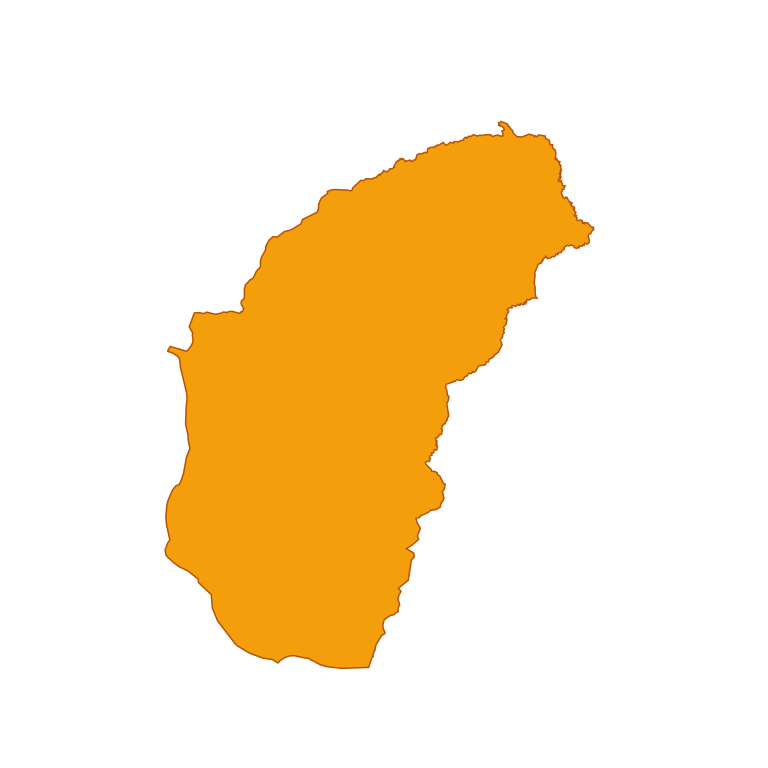 Tenerife, Magdalena, Colombia, rotated 314°
{"feature_id": "7082276B5843074032940", "entity_name": "Tenerife", "entity_type": "district", "adm_level": 2, "iso_a3": "COL", "parent_name": "Colombia", "parent_adm1": "Magdalena", "projection": "orthographic", "projection_center": [-74.68, 9.914], "detail": "fine", "context": "isolated", "style": "filled", "palette": "amber", "viewbox_px": 768, "rotation_deg": 314, "n_neighbors": 0, "source": "geoboundaries", "source_scale": "gbopen_adm2", "svg_char_len": 6143}
<svg xmlns="http://www.w3.org/2000/svg" viewBox="0 0 768 768"><g transform="rotate(314 384 384)"><path d="M131.9,325.1L123.1,338.2L119.4,338.8L112.5,341.8L109.7,345.7L109.1,348.8L109.5,357.9L110.5,364.6L113.2,372.3L114.6,385.6L112.3,388.5L112.5,406.0L103.4,416.5L97.9,429.2L93.7,457.9L93.9,461.0L96.9,473.9L102.6,487.1L108.5,495.6L109.7,501.5L112.3,501.4L117.9,502.5L122.4,504.7L126.2,508.1L132.1,517.7L133.9,519.6L137.6,532.6L140.9,539.1L149.9,550.9L169.4,569.8L178.9,565.3L180.6,565.5L182.2,563.6L186.2,562.4L190.5,559.5L201.9,556.9L204.4,557.9L205.9,557.5L207.2,553.9L209.5,550.8L214.0,548.2L216.7,548.1L221.9,549.4L225.3,551.6L226.9,551.3L230.1,552.4L232.7,549.6L236.1,548.7L238.9,543.4L242.3,541.5L246.5,540.4L247.2,536.2L259.6,537.8L276.1,526.2L280.7,525.8L283.1,522.6L281.0,514.5L288.0,516.1L296.3,516.9L297.9,513.6L305.4,510.4L307.4,503.7L309.7,500.2L312.3,502.1L314.8,502.0L322.6,505.1L325.1,505.0L329.9,508.6L334.3,510.0L338.3,507.8L340.6,507.7L343.5,506.4L347.2,500.7L350.4,500.4L354.4,497.6L353.8,495.8L356.4,488.6L356.2,484.7L357.1,484.0L356.4,481.3L354.3,478.9L355.3,477.3L355.4,469.2L356.1,468.4L357.5,468.4L359.9,470.4L362.6,469.1L362.8,467.5L364.6,467.1L366.2,467.9L367.4,466.1L369.0,467.4L371.7,466.0L373.4,467.7L376.5,465.5L375.7,464.1L376.1,463.4L378.0,463.7L378.4,461.7L379.8,462.0L379.7,460.2L381.0,458.6L382.6,459.7L386.6,459.2L387.0,460.1L387.9,460.2L391.4,458.0L391.8,456.2L393.7,455.7L394.3,454.5L395.8,455.2L396.9,454.8L397.8,455.6L400.7,454.4L402.2,454.6L402.4,453.7L406.0,452.7L413.5,442.8L416.4,441.9L419.8,439.8L420.3,437.0L423.3,433.3L424.4,430.5L426.9,428.9L435.7,433.3L437.7,433.5L439.8,436.7L442.6,437.7L445.8,437.1L447.8,438.2L450.4,437.4L452.0,439.5L454.6,439.5L454.7,440.3L456.8,441.1L462.7,439.4L468.3,443.7L471.0,442.2L472.4,443.8L474.9,442.5L477.8,443.5L480.5,443.7L481.8,443.0L482.7,443.7L486.6,444.1L494.4,441.6L496.5,436.9L500.1,436.7L502.1,435.0L504.5,434.9L505.2,432.9L507.1,432.6L507.8,430.5L511.8,430.3L515.1,428.2L516.1,427.2L515.1,425.8L516.6,426.1L519.2,424.0L522.4,423.6L523.2,422.8L522.8,421.1L523.8,420.4L525.2,421.4L525.8,421.1L528.0,423.2L528.5,421.9L529.5,421.7L531.4,424.7L534.7,425.4L534.4,426.4L535.2,427.2L536.6,426.5L537.9,429.3L539.2,428.8L539.6,429.9L540.5,429.2L541.5,430.0L542.0,429.5L541.4,428.7L543.0,429.0L543.8,428.1L545.0,428.7L545.2,430.1L549.3,431.2L552.0,434.4L552.2,432.7L554.1,429.8L558.3,425.8L561.2,421.6L566.9,417.4L568.6,415.2L577.5,411.7L580.7,413.2L582.4,412.2L583.3,412.6L584.2,411.4L586.2,412.0L588.2,411.6L587.8,414.6L590.7,416.3L592.6,416.5L594.2,418.3L596.6,417.6L597.4,418.7L598.4,418.1L598.7,418.8L599.7,418.4L601.8,420.1L603.2,419.5L606.1,420.0L607.6,418.6L611.5,419.7L611.5,420.7L614.2,422.4L615.1,424.8L614.3,425.9L615.4,428.5L617.6,428.5L617.5,429.6L619.3,428.7L620.4,430.5L621.7,431.0L622.3,430.4L622.8,431.6L624.8,430.5L625.5,432.7L626.5,433.2L628.1,433.3L629.8,432.1L632.3,428.1L634.3,427.3L635.7,428.2L639.2,427.2L640.9,427.6L641.3,426.1L642.3,425.9L640.9,424.4L641.3,418.6L639.2,415.9L638.4,416.8L637.5,415.1L638.4,414.8L638.3,413.6L639.3,413.1L638.3,411.3L636.4,410.0L636.0,408.6L637.7,407.2L637.6,405.8L638.9,405.3L637.2,403.9L640.8,402.8L640.9,400.2L641.9,399.6L641.5,398.6L642.8,399.0L643.4,398.2L643.2,397.0L642.2,396.0L642.6,394.8L644.4,393.7L643.3,393.4L644.7,392.7L643.7,390.3L645.4,386.1L644.7,385.0L643.2,385.4L642.7,384.0L643.5,381.0L645.2,378.3L646.0,378.5L647.8,377.3L649.1,378.0L649.1,377.3L651.3,377.1L651.4,376.1L652.0,376.2L651.0,375.3L651.1,373.9L652.5,372.0L652.3,371.2L653.4,370.5L652.7,370.4L652.6,369.5L651.0,369.1L651.2,368.3L653.5,367.3L653.9,368.2L655.1,368.2L655.0,366.7L656.2,366.9L656.1,366.1L657.2,365.8L656.8,364.6L657.9,364.8L658.2,363.7L659.3,364.2L660.0,362.6L661.2,363.1L662.1,361.0L664.3,359.1L663.6,358.5L664.2,357.1L665.9,356.2L665.0,355.6L665.7,355.0L665.0,353.7L665.8,352.6L664.7,351.4L666.2,351.1L665.4,350.1L668.7,348.1L671.2,344.8L671.0,341.1L673.3,339.0L671.5,337.5L674.1,333.4L672.9,329.7L674.3,327.6L670.6,322.3L668.1,322.3L667.7,320.5L666.3,320.4L666.8,319.1L664.5,314.8L657.6,311.7L654.2,307.7L654.3,303.4L654.8,301.2L655.6,300.9L655.6,297.4L656.3,295.4L655.8,294.6L656.8,292.4L654.2,285.8L653.2,286.1L651.6,284.9L649.8,286.6L650.9,287.2L650.1,288.4L651.4,289.4L651.2,292.6L650.2,293.9L647.8,293.1L647.4,294.7L645.2,297.2L643.0,295.3L642.4,293.0L637.1,289.8L637.5,288.0L636.8,286.8L633.0,283.1L631.3,282.4L629.2,279.8L627.4,279.1L625.5,275.1L622.5,274.5L620.8,272.7L618.6,273.1L618.3,271.3L616.3,270.9L614.3,271.7L612.8,270.2L610.3,269.6L607.0,266.0L605.4,266.5L604.1,264.0L599.3,263.1L598.6,262.1L598.9,258.8L593.8,257.5L592.8,256.2L591.1,256.4L590.8,255.8L588.5,255.1L586.7,253.2L583.8,252.0L580.3,254.3L579.4,252.8L575.2,250.8L574.1,249.1L571.5,248.6L567.4,250.9L565.4,249.7L564.1,249.9L563.2,249.2L563.5,248.1L562.7,246.8L560.3,245.7L559.6,244.6L559.0,244.8L559.3,241.1L558.0,240.8L558.4,240.3L557.6,240.1L557.3,239.0L555.8,239.5L554.4,238.7L553.7,239.3L552.7,238.5L547.5,239.9L547.3,240.8L545.1,240.5L542.5,238.6L541.1,239.2L538.3,238.5L537.2,235.4L534.2,236.3L532.5,235.4L531.3,236.1L531.0,234.8L527.0,234.8L525.2,233.4L523.5,233.2L519.2,228.5L516.0,228.0L514.3,225.8L503.5,225.3L501.0,226.4L499.7,225.8L498.4,223.4L489.9,213.7L487.2,211.4L483.1,209.5L481.9,211.1L474.7,209.8L472.3,210.4L468.1,212.0L464.4,215.2L461.0,216.5L445.8,211.1L441.4,213.0L432.6,210.7L429.3,209.6L424.6,206.5L415.6,205.1L412.7,201.7L407.5,201.4L401.4,203.1L398.0,205.7L390.2,207.7L386.2,210.0L382.5,213.7L376.8,213.8L369.1,216.4L365.7,215.3L358.6,215.5L357.5,216.7L356.1,216.9L349.7,223.0L347.8,224.1L345.0,223.7L342.5,225.3L340.5,230.9L337.4,231.8L336.8,231.0L334.7,231.3L330.7,224.2L328.7,222.3L326.5,221.4L324.1,218.4L322.0,217.7L317.0,214.2L312.3,206.3L309.9,205.9L306.6,201.1L303.4,198.2L289.8,204.2L287.8,211.0L286.5,211.7L281.9,217.1L277.8,218.8L270.5,219.5L262.5,204.1L257.9,205.2L257.3,205.9L259.5,210.5L260.6,216.0L260.0,219.5L254.7,225.9L240.1,248.8L235.7,253.4L231.5,256.4L217.2,269.2L211.1,278.6L207.9,281.7L202.9,289.1L193.7,293.0L180.6,301.8L172.0,305.8L169.3,306.4L166.2,305.0L160.8,305.6L150.5,309.4L145.6,312.2L136.5,319.7L131.9,325.1Z" fill="#f59e0b" stroke="#b45309" stroke-width="1.5"/></g></svg>